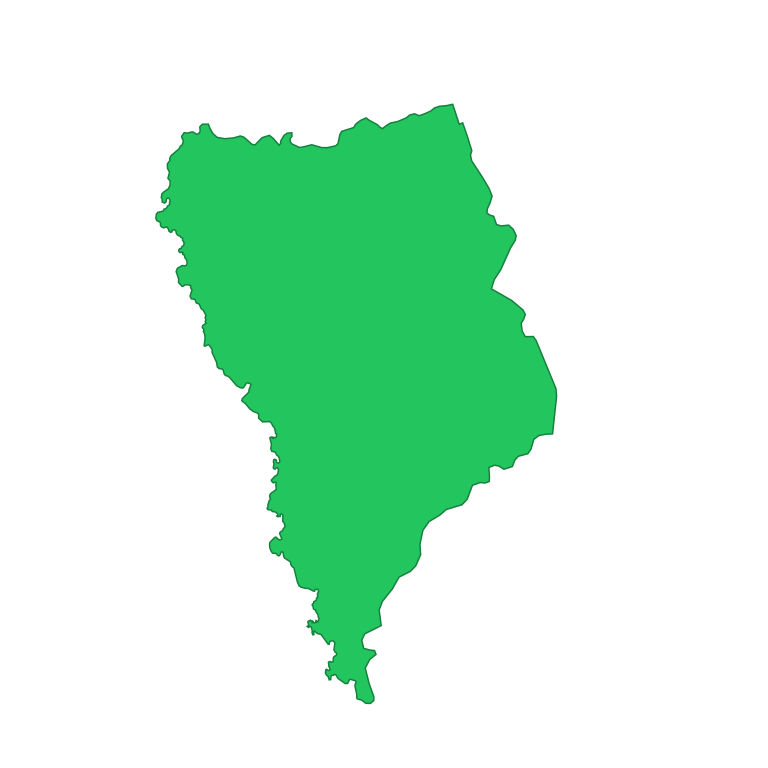 Plácido Rosas, Cerro Largo, Uruguay (Mercator projection), rotated 73°
{"feature_id": "84410073B56637249080242", "entity_name": "Plácido Rosas", "entity_type": "district", "adm_level": 2, "iso_a3": "URY", "parent_name": "Uruguay", "parent_adm1": "Cerro Largo", "projection": "mercator", "projection_center": [-53.692, -32.681], "detail": "fine", "context": "isolated", "style": "filled", "palette": "green", "viewbox_px": 768, "rotation_deg": 73, "n_neighbors": 0, "source": "geoboundaries", "source_scale": "gbopen_adm2", "svg_char_len": 6149}
<svg xmlns="http://www.w3.org/2000/svg" viewBox="0 0 768 768"><g transform="rotate(73 384 384)"><path d="M481.0,237.4L446.4,222.6L438.8,220.9L387.0,225.8L382.3,227.3L380.0,235.1L374.0,236.4L366.1,235.1L363.1,231.7L358.7,228.5L353.8,229.5L341.4,237.5L324.4,253.5L316.5,248.1L308.8,238.9L290.8,223.1L285.0,216.5L280.8,214.2L273.8,215.2L268.5,218.3L267.1,225.9L264.3,229.8L255.7,230.1L253.1,233.8L250.4,235.5L246.4,233.8L242.2,229.9L235.9,225.7L228.0,226.3L214.8,229.5L196.3,234.9L190.5,234.4L186.5,231.8L170.6,231.9L157.3,232.4L157.6,236.1L136.6,236.5L136.0,243.4L134.6,249.8L134.8,255.3L136.6,259.2L137.4,265.6L137.7,272.0L134.5,275.8L134.3,281.0L136.0,284.7L137.0,294.4L136.3,301.4L137.4,305.7L139.3,310.8L137.4,312.8L134.1,314.5L127.4,321.1L124.3,323.3L125.1,329.5L127.3,335.2L129.9,337.9L130.0,350.5L132.6,353.3L140.7,357.7L142.1,360.6L141.4,369.1L139.7,374.5L134.1,383.1L133.6,392.7L133.0,395.8L127.0,402.4L123.8,402.7L121.6,401.6L120.1,399.5L116.8,398.7L115.8,403.4L117.1,407.0L121.3,411.6L123.8,412.6L124.9,414.5L116.8,418.1L112.7,420.9L112.8,428.6L117.6,437.3L116.3,440.1L107.0,445.8L104.8,448.9L104.7,455.7L102.9,464.5L99.4,471.4L94.5,474.4L88.5,475.7L84.1,476.0L82.5,481.7L83.7,484.1L84.4,485.0L88.5,485.9L89.7,487.0L90.5,489.2L90.4,490.2L87.5,492.6L86.8,493.8L86.5,499.0L85.2,501.6L87.9,505.0L88.7,505.3L93.0,504.8L96.4,507.1L96.9,509.1L99.3,511.5L103.2,520.6L105.5,522.9L107.6,523.4L110.3,526.9L114.5,528.0L118.7,527.2L124.1,530.5L127.4,529.2L131.2,530.5L134.2,533.0L136.1,538.8L137.3,540.9L140.7,542.5L142.2,542.1L145.3,542.9L146.8,540.9L146.2,539.2L143.6,537.9L143.1,537.2L143.0,536.2L143.4,535.5L145.3,534.9L146.8,535.2L147.4,536.0L149.6,536.4L150.7,539.3L151.9,540.1L152.6,541.8L152.4,543.0L154.1,544.9L153.7,550.1L155.0,552.0L159.1,553.8L161.5,553.4L163.5,551.1L164.4,550.7L167.2,551.4L168.9,550.7L170.3,549.0L170.1,546.4L171.0,545.4L172.8,544.9L175.1,544.9L176.6,543.7L176.6,542.5L174.9,541.3L175.1,539.6L176.9,538.2L178.6,538.6L180.6,538.2L181.9,537.4L182.5,536.1L184.2,535.5L185.7,534.0L187.7,534.6L189.9,533.9L192.3,534.5L193.3,535.9L193.3,536.9L195.0,538.2L194.9,539.9L195.8,541.1L196.8,541.4L198.1,541.1L198.7,540.4L199.0,538.2L199.7,537.8L200.6,538.6L201.2,538.6L202.3,537.3L205.6,537.4L207.5,536.4L210.9,536.9L212.7,538.3L212.9,539.7L211.7,542.3L212.9,547.7L215.7,549.9L223.5,549.7L227.0,550.8L231.5,548.6L231.9,547.6L231.0,545.1L231.8,542.5L233.3,540.1L235.4,540.8L238.0,540.1L242.9,543.6L243.9,543.8L246.3,543.3L247.7,540.1L251.6,539.8L253.5,537.4L258.6,536.8L260.5,535.3L266.6,534.1L268.1,535.7L270.2,535.4L272.1,536.8L273.8,536.3L275.1,540.3L277.0,541.3L278.9,540.3L280.5,540.7L280.9,541.4L283.1,540.9L287.6,541.6L294.8,544.8L295.6,544.2L295.0,541.6L295.3,540.2L297.5,539.2L301.1,538.2L303.2,539.2L314.2,537.8L319.1,538.4L321.1,537.1L322.2,534.7L323.4,533.7L328.0,533.9L329.6,533.0L330.9,531.0L332.5,529.8L342.6,525.4L345.5,522.5L346.5,520.6L346.5,519.5L343.0,515.3L343.1,513.8L345.1,511.5L345.9,511.5L349.7,514.6L352.3,515.7L356.6,523.9L358.5,524.9L362.6,522.1L368.6,519.6L372.2,516.9L375.0,513.3L376.1,512.7L380.2,513.9L384.7,511.2L386.4,504.8L387.5,503.4L392.6,502.3L394.0,501.5L399.7,502.1L400.7,501.3L403.0,502.4L403.6,503.5L402.8,505.2L403.6,505.8L403.3,506.3L401.9,506.5L401.7,507.9L402.1,508.9L408.8,509.3L412.9,511.2L415.5,511.0L417.3,508.0L420.7,507.3L422.2,506.3L424.2,505.8L428.1,506.4L428.8,507.8L428.1,509.2L427.4,509.6L425.2,509.2L424.0,510.6L424.2,511.7L426.9,512.7L428.1,512.4L431.5,514.3L432.6,514.3L433.6,513.1L432.7,511.7L432.9,510.5L434.9,509.9L438.1,511.4L439.8,513.0L440.5,515.8L443.0,519.9L444.1,519.9L446.2,518.8L446.1,516.8L446.3,516.1L446.9,515.9L448.9,517.0L453.3,517.8L455.7,524.6L457.4,526.0L458.8,526.4L460.5,526.0L462.6,528.4L465.7,530.4L467.3,530.7L468.6,532.1L469.7,532.0L470.7,531.1L471.5,528.6L473.2,528.2L474.7,525.2L477.0,523.7L478.3,523.8L478.9,525.2L479.6,524.9L480.3,522.0L478.3,521.3L478.5,519.7L480.0,519.1L485.6,521.0L488.2,520.1L490.8,520.1L492.0,520.9L492.9,522.7L494.5,523.7L495.3,526.6L495.9,527.2L496.7,527.5L502.3,527.0L502.7,528.0L502.4,529.6L501.4,530.7L499.1,531.7L498.8,532.5L498.8,533.4L502.0,539.3L503.6,540.3L507.2,541.1L510.6,540.9L513.1,540.1L514.6,536.7L517.1,535.6L517.6,534.7L517.1,533.5L514.6,531.4L514.8,530.2L515.7,529.8L519.7,530.3L521.4,530.0L526.7,525.5L529.6,525.9L531.9,525.2L533.4,523.9L548.0,524.7L552.4,524.2L554.1,522.6L556.4,518.9L557.5,516.0L561.6,511.8L561.8,510.9L560.3,510.0L561.1,507.3L562.6,507.1L564.2,507.8L564.9,508.9L568.6,509.9L569.1,511.3L570.2,511.4L571.3,512.5L571.6,514.8L572.5,515.1L573.3,515.8L573.4,516.7L574.5,517.4L575.6,516.9L578.6,517.2L580.3,515.6L582.3,515.6L585.3,514.6L587.6,515.0L589.2,514.7L591.6,516.3L592.2,517.4L592.0,518.0L590.6,517.8L590.3,518.2L592.1,519.1L592.1,520.5L591.2,522.3L590.4,521.2L589.6,521.8L589.6,522.9L588.4,523.2L588.7,525.9L589.2,526.4L593.4,526.6L593.5,527.4L593.1,527.8L593.5,528.4L594.7,527.4L594.2,525.2L595.2,524.7L598.7,524.7L601.0,525.6L603.1,525.3L603.2,524.3L600.2,523.6L599.9,522.7L603.1,520.8L605.1,517.4L616.5,513.5L616.9,512.7L614.4,511.0L614.3,509.2L614.7,507.8L617.2,506.6L623.5,509.6L625.4,509.3L627.1,508.3L628.9,508.4L629.8,509.5L629.9,511.2L631.0,512.5L634.6,513.8L634.7,515.6L633.7,516.5L633.5,517.7L633.9,518.5L638.1,519.3L640.1,518.9L641.6,519.3L641.9,520.4L640.0,522.5L640.4,523.3L643.3,524.5L645.3,524.2L647.5,522.9L650.9,522.9L651.1,521.4L648.1,520.2L647.4,519.3L647.8,517.6L647.2,516.2L648.2,515.0L652.1,514.1L659.2,508.6L659.7,506.3L656.7,503.5L656.7,502.3L659.5,498.1L660.9,497.7L663.1,499.6L664.8,500.2L673.0,500.8L676.2,501.9L677.6,501.4L679.7,497.8L684.0,494.8L685.5,490.4L683.7,486.3L680.0,485.1L666.6,485.8L650.2,485.0L643.2,478.1L640.3,470.7L636.1,471.0L634.4,475.1L630.9,480.7L622.5,480.2L617.3,475.5L614.2,457.3L598.7,454.7L591.5,449.2L582.5,436.0L573.1,426.1L570.8,413.4L567.2,406.8L558.0,398.9L547.9,396.5L535.3,389.6L528.7,381.1L525.7,369.0L522.2,361.0L522.3,344.8L518.6,338.2L506.7,329.0L506.4,320.8L508.2,316.3L508.0,311.9L504.1,310.4L494.5,308.1L494.0,301.8L496.2,298.0L500.6,294.3L500.4,285.3L494.9,281.0L492.4,276.7L492.7,266.8L489.4,262.6L480.8,256.9L478.5,250.8L479.5,243.1L481.0,237.4Z" fill="#22c55e" stroke="#15803d" stroke-width="1.5"/></g></svg>